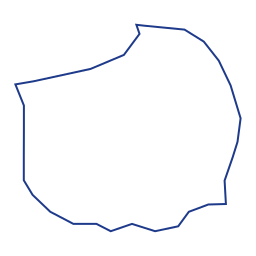 the District of Istok
{"feature_id": "KOS-5887", "entity_name": "Istok", "entity_type": "District", "adm_level": 1, "iso_a3": "XKX", "parent_name": "Kosovo", "parent_adm1": "", "projection": "albers", "projection_center": [20.485, 42.778], "detail": "fine", "context": "isolated", "style": "outline", "palette": "blue", "viewbox_px": 256, "rotation_deg": 0, "n_neighbors": 0, "source": "natural_earth", "source_scale": "10m", "svg_char_len": 475}
<svg xmlns="http://www.w3.org/2000/svg" viewBox="0 0 256 256"><path d="M33.5,81.3L90.6,68.9L123.9,54.9L139.5,33.9L136.4,24.8L144.3,25.7L184.5,29.6L203.8,41.6L218.8,60.7L230.6,85.4L240.6,118.3L237.5,141.9L232.7,157.2L224.6,180.6L225.9,204.0L208.3,204.5L188.8,211.8L178.2,226.3L155.1,231.2L132.0,223.9L110.7,231.2L96.5,223.9L73.4,223.9L50.3,211.8L32.6,194.9L23.8,180.3L23.8,156.2L23.9,129.6L23.9,105.5L15.4,84.4L33.5,81.3Z" fill="none" stroke="#1e3a8a" stroke-width="2"/></svg>